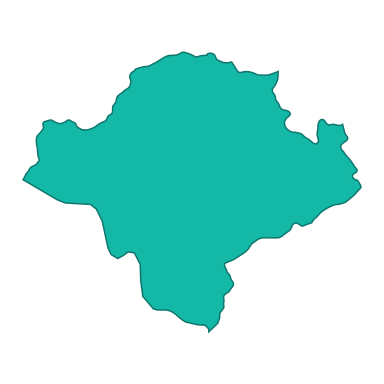 SVG path tracing the border of Toplicki
{"feature_id": "SRB-835", "entity_name": "Toplicki", "entity_type": "District", "adm_level": 1, "iso_a3": "SRB", "parent_name": "Republic of Serbia", "parent_adm1": "", "projection": "mercator", "projection_center": [21.443, 43.114], "detail": "fine", "context": "isolated", "style": "filled", "palette": "teal", "viewbox_px": 384, "rotation_deg": 0, "n_neighbors": 0, "source": "natural_earth", "source_scale": "10m", "svg_char_len": 5401}
<svg xmlns="http://www.w3.org/2000/svg" viewBox="0 0 384 384"><path d="M53.3,197.5L23.0,179.7L24.0,178.1L26.0,174.0L28.2,171.4L29.8,168.5L30.6,167.6L31.8,166.6L34.5,165.5L35.2,165.1L36.0,164.5L38.9,161.0L39.2,160.4L39.2,159.5L39.1,158.9L38.4,157.2L38.0,155.9L37.8,154.4L37.4,148.3L36.5,143.9L36.3,141.2L36.5,138.5L36.7,137.2L37.5,135.6L40.9,132.0L43.0,128.9L43.4,127.8L43.5,126.8L43.0,125.0L42.9,123.7L43.2,122.8L43.8,122.0L45.2,121.4L48.3,120.6L50.0,120.0L51.1,120.0L51.7,120.2L54.6,121.8L56.3,122.6L59.0,123.6L60.3,123.6L62.0,123.2L64.9,122.1L67.8,120.2L68.4,120.0L69.3,120.0L69.9,120.2L72.2,121.7L74.5,122.7L75.1,123.0L75.5,123.5L75.9,124.2L76.8,126.4L77.5,127.2L78.1,127.6L80.6,129.0L81.6,129.5L83.0,129.8L85.9,130.0L87.3,129.9L88.7,129.6L91.4,128.6L94.0,127.5L95.6,126.5L97.8,124.8L99.5,123.7L101.8,122.5L104.6,121.3L105.2,121.0L106.0,120.1L106.8,119.0L107.8,116.8L108.4,115.9L109.3,115.1L111.1,114.2L111.8,113.6L112.3,112.8L112.5,111.8L112.6,110.8L112.6,107.8L112.7,107.0L112.9,106.2L113.2,105.6L115.3,102.9L115.8,102.0L116.1,100.9L116.9,97.6L117.2,96.8L117.7,96.1L119.0,94.9L122.5,92.4L125.0,90.1L127.6,88.6L128.4,87.9L129.1,87.2L129.7,86.4L130.1,85.3L130.4,84.3L130.9,81.7L130.8,80.7L129.8,77.8L129.7,76.8L129.8,75.9L130.0,75.0L130.6,73.9L131.5,72.8L132.5,71.9L134.1,70.9L135.0,70.1L135.4,69.5L135.5,69.1L138.7,68.0L143.9,66.7L147.9,66.3L149.4,65.8L156.4,62.2L164.0,57.5L165.5,56.7L167.3,56.0L169.4,55.5L175.0,55.2L176.3,55.0L177.6,54.7L179.0,54.1L181.4,52.7L182.0,52.4L183.0,52.2L184.0,52.3L184.8,52.4L189.6,53.9L191.5,54.7L194.4,56.3L195.9,56.9L196.7,56.9L197.7,56.7L199.8,56.0L202.1,55.6L205.3,55.3L207.1,55.3L207.0,54.8L207.2,54.2L208.0,53.5L209.1,53.3L210.3,53.2L211.5,53.3L212.5,53.6L213.3,54.0L214.3,54.7L215.0,55.7L216.3,58.6L216.7,59.3L217.1,59.7L218.3,60.4L220.6,61.4L223.3,62.5L224.4,62.7L225.6,62.8L228.1,62.7L229.3,62.5L231.6,61.9L235.3,67.7L237.5,71.2L238.3,72.0L239.3,72.4L240.6,72.5L244.3,71.7L246.7,71.6L247.9,71.6L249.1,71.8L253.0,72.8L254.1,73.2L257.0,74.6L258.3,74.9L261.0,75.1L265.2,75.2L268.0,75.0L269.4,74.7L271.9,73.9L278.2,71.5L277.8,78.4L277.6,79.6L276.6,82.3L275.3,84.8L274.4,86.3L272.9,88.2L272.5,89.0L272.3,89.8L272.3,90.8L272.5,91.6L272.9,92.4L274.3,94.3L274.7,95.1L275.3,96.8L275.7,99.3L276.0,100.2L276.5,101.0L278.1,102.9L278.9,104.4L279.7,106.5L280.1,107.2L281.1,108.6L281.7,109.1L282.4,109.6L283.3,109.9L286.8,110.6L287.8,110.9L288.5,111.3L289.1,111.8L289.8,112.6L290.2,113.5L290.2,114.2L290.0,114.9L289.1,116.0L286.7,118.0L286.0,119.0L285.0,120.6L284.7,121.4L284.5,122.5L284.5,123.6L284.6,124.7L285.2,126.2L286.1,128.0L286.6,128.7L287.4,129.4L289.2,130.7L290.3,131.4L291.4,131.9L292.8,132.2L293.6,132.2L294.0,132.1L298.7,133.0L300.2,133.4L301.1,133.8L302.5,134.8L303.8,136.1L305.1,137.2L308.7,139.3L312.7,142.7L313.5,143.3L314.4,143.8L315.5,143.9L316.1,143.8L317.0,143.2L317.5,142.8L318.0,142.2L318.3,141.5L318.4,140.8L318.4,140.1L318.0,138.3L317.3,135.7L317.1,134.6L317.1,133.5L317.2,132.4L317.8,129.5L318.0,125.3L318.2,123.9L318.6,122.6L318.9,121.9L320.1,120.3L320.9,119.7L321.6,119.5L322.3,119.5L323.4,119.8L324.3,120.5L325.1,121.5L326.1,123.1L326.7,123.8L327.4,124.3L328.8,124.8L329.8,124.9L332.0,124.4L333.1,124.4L334.3,124.4L337.9,125.3L338.8,125.5L339.7,125.5L340.6,125.4L341.6,125.0L342.6,124.3L344.4,131.6L344.9,133.1L345.5,134.4L347.4,137.0L347.7,137.9L347.7,138.8L347.4,139.4L346.8,140.3L345.9,141.1L343.0,143.1L341.7,144.3L341.2,145.0L340.9,145.7L340.8,146.8L340.8,147.8L341.1,148.8L341.6,149.7L343.7,151.9L345.3,154.4L346.2,155.6L350.4,160.2L351.3,161.5L354.3,166.1L356.8,169.4L357.1,169.9L357.1,170.6L357.0,171.2L356.4,172.0L355.9,172.5L353.7,173.8L353.2,174.2L352.7,175.0L352.5,176.0L352.6,177.0L353.2,178.0L354.2,179.0L355.1,179.6L356.1,180.0L357.0,180.2L357.5,180.2L359.5,183.5L360.6,185.5L360.9,186.4L361.0,187.0L360.6,188.1L358.1,190.6L355.7,193.4L353.2,196.0L346.0,201.8L344.7,202.6L340.6,203.9L339.3,204.2L335.5,204.6L333.6,205.2L331.0,206.2L326.7,208.4L322.3,211.2L321.3,212.0L319.7,213.6L317.4,216.3L315.2,218.2L313.5,219.9L312.3,221.7L311.7,222.8L308.2,223.9L305.2,225.0L303.6,225.7L303.0,226.0L302.3,226.1L301.8,226.0L301.2,225.8L298.7,224.0L297.1,223.2L296.4,223.0L295.5,223.1L294.8,223.2L293.4,224.0L292.8,224.6L292.4,225.2L292.0,226.0L290.8,228.9L290.4,229.6L289.8,230.2L288.4,231.3L285.2,233.6L281.8,236.3L280.8,236.9L279.9,237.3L279.0,237.6L277.5,237.8L276.0,237.9L263.5,237.8L262.0,238.0L260.5,238.3L259.0,238.9L257.3,239.8L256.4,240.4L252.4,243.3L251.5,244.2L250.8,245.1L248.7,248.4L247.8,249.5L245.7,251.6L243.7,253.1L233.9,259.5L230.6,260.9L225.7,262.9L225.1,263.4L224.6,263.9L224.5,264.5L224.5,265.3L224.8,266.4L226.0,269.0L227.2,272.0L227.8,272.9L229.5,274.8L229.9,275.5L230.7,278.3L231.1,279.3L233.0,282.4L233.4,283.4L233.5,284.4L233.3,285.4L233.0,286.0L231.1,288.4L230.5,289.3L229.5,291.0L229.0,291.6L228.4,292.1L226.7,293.1L225.4,294.1L224.4,295.1L223.8,296.0L223.6,296.7L223.5,297.4L223.9,299.4L224.0,300.4L223.6,303.6L223.6,304.5L223.9,306.6L223.8,307.5L223.2,308.7L220.6,312.1L219.9,313.3L219.7,314.3L219.7,316.9L219.6,318.0L217.9,322.6L217.7,323.4L208.8,331.8L208.8,329.1L205.2,325.2L197.7,324.8L185.7,322.0L181.8,319.6L174.5,313.4L170.5,311.0L166.3,310.0L157.5,310.0L153.4,308.9L142.8,296.4L140.7,280.3L140.2,264.4L134.4,252.9L128.1,251.9L123.0,255.7L117.7,258.5L111.2,254.6L108.0,247.9L102.2,221.0L96.4,209.1L90.5,204.4L65.5,203.0L57.7,200.0L53.3,197.5Z" fill="#14b8a6" stroke="#0f766e" stroke-width="1.5"/></svg>